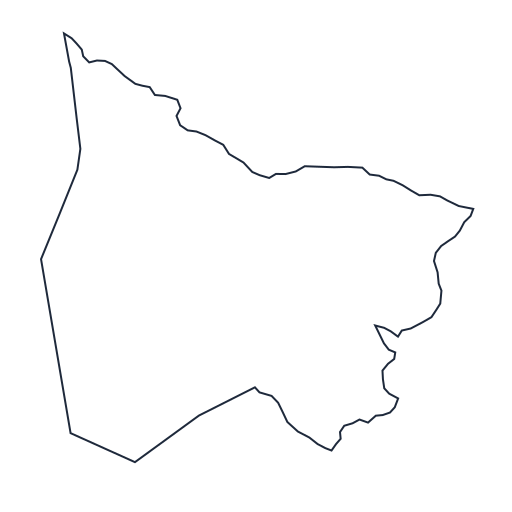 outline of Gandu, Bahia, Brazil, rotated 273°
{"feature_id": "56859067B69626840226512", "entity_name": "Gandu", "entity_type": "district", "adm_level": 2, "iso_a3": "BRA", "parent_name": "Brazil", "parent_adm1": "Bahia", "projection": "albers", "projection_center": [-39.469, -13.802], "detail": "fine", "context": "isolated", "style": "outline", "palette": "slate", "viewbox_px": 512, "rotation_deg": 273, "n_neighbors": 0, "source": "geoboundaries", "source_scale": "gbopen_adm2", "svg_char_len": 1489}
<svg xmlns="http://www.w3.org/2000/svg" viewBox="0 0 512 512"><g transform="rotate(273 256 256)"><path d="M332.8,73.1L287.4,57.5L241.6,41.5L69.4,80.1L43.8,145.9L93.7,207.4L124.8,261.8L120.0,266.6L117.1,278.9L110.6,285.8L101.2,291.0L91.9,296.0L82.9,307.0L77.5,318.8L71.4,327.4L67.8,335.2L65.7,341.6L72.4,345.8L77.9,350.1L84.6,349.1L91.1,353.0L94.0,361.2L98.1,367.9L95.5,376.6L102.8,384.0L103.8,390.9L106.7,398.0L112.2,402.5L121.2,405.4L125.5,396.2L130.6,391.0L139.6,389.2L148.2,388.3L155.3,393.5L160.4,399.4L167.0,400.1L169.4,393.5L175.5,388.3L192.8,378.7L191.0,387.7L187.9,394.4L182.9,402.0L189.2,405.5L191.7,414.3L198.6,425.9L204.1,434.4L211.7,438.9L218.1,442.5L231.1,443.0L237.9,439.9L249.2,438.2L260.3,434.0L268.6,435.4L275.7,440.4L281.2,447.5L285.8,453.7L292.0,458.2L300.7,462.2L307.2,468.2L314.4,470.5L316.5,455.9L321.5,444.0L325.2,436.6L326.3,427.1L325.2,415.9L329.5,407.4L334.3,398.8L338.3,389.4L339.4,382.1L342.6,374.7L343.3,365.3L349.8,357.6L349.8,343.1L348.7,329.4L348.2,300.0L342.5,291.3L339.4,281.3L339.0,271.6L334.6,265.1L336.9,255.4L339.7,247.9L348.7,238.6L356.5,223.7L365.3,217.5L369.2,209.0L374.0,199.3L377.2,190.0L377.9,181.2L382.6,173.4L391.7,169.3L399.6,172.9L407.9,169.2L411.1,156.9L411.5,146.6L419.1,141.0L420.1,133.6L421.6,126.5L428.8,115.4L435.6,107.3L440.1,102.0L442.9,95.0L442.9,86.9L440.6,79.3L446.4,73.0L453.0,71.2L458.8,65.7L463.8,60.5L468.2,52.6L440.4,59.2L434.2,61.2L384.7,69.6L353.8,75.0L332.8,73.1Z" fill="none" stroke="#1e293b" stroke-width="2"/></g></svg>